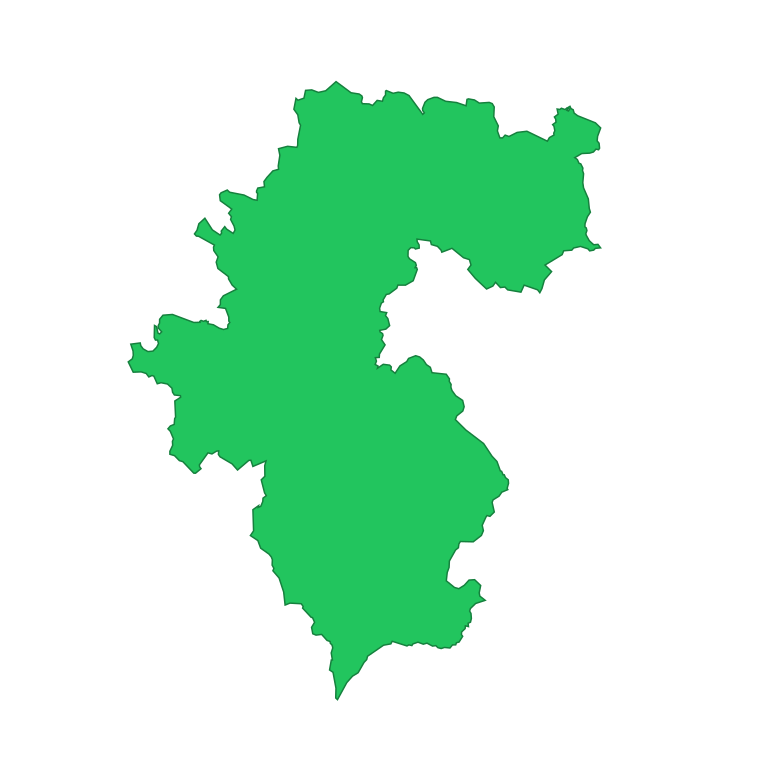 the district of Tullow Lea-6, Carlow, Ireland, rotated 352°
{"feature_id": "5873133B62819927990234", "entity_name": "Tullow Lea-6", "entity_type": "district", "adm_level": 2, "iso_a3": "IRL", "parent_name": "Ireland", "parent_adm1": "Carlow", "projection": "mercator", "projection_center": [-6.709, 52.768], "detail": "fine", "context": "isolated", "style": "filled", "palette": "green", "viewbox_px": 768, "rotation_deg": 352, "n_neighbors": 0, "source": "geoboundaries", "source_scale": "gbopen_adm2", "svg_char_len": 6139}
<svg xmlns="http://www.w3.org/2000/svg" viewBox="0 0 768 768"><g transform="rotate(352 384 384)"><path d="M347.2,82.3L344.5,89.8L338.3,91.0L336.6,88.9L333.0,99.4L336.1,105.4L336.3,113.5L337.4,116.1L332.7,129.7L331.7,135.8L330.6,137.5L321.6,135.2L312.3,136.3L312.7,143.0L309.6,153.4L309.5,156.7L303.6,157.5L296.9,163.1L293.3,166.8L293.1,172.1L286.3,172.4L284.6,175.2L284.5,176.7L285.4,177.5L283.9,184.4L280.0,183.1L271.7,177.4L257.8,172.6L255.8,170.1L249.2,172.0L247.5,173.7L247.4,179.7L257.6,189.6L253.9,193.3L256.2,197.1L255.0,199.7L257.5,206.7L257.9,210.8L255.6,213.9L249.7,208.7L248.2,206.0L244.1,209.9L244.2,212.0L242.4,213.7L235.5,207.5L229.7,194.9L223.0,199.5L220.2,205.8L217.2,209.0L218.8,211.4L220.9,211.9L235.4,222.8L234.2,224.8L234.0,228.2L237.4,235.0L234.8,240.0L235.6,246.5L244.9,256.0L244.7,258.3L247.4,264.9L251.2,269.6L237.2,274.3L233.7,277.9L233.0,282.6L230.3,285.0L237.6,287.1L239.6,296.1L239.1,300.1L239.9,301.6L237.7,303.7L236.9,307.2L232.7,307.7L228.6,305.8L223.3,301.6L218.0,299.8L218.6,297.7L216.8,297.5L216.6,296.2L214.0,296.8L211.7,295.6L210.3,296.4L210.4,297.3L204.2,296.6L184.2,285.7L174.7,285.1L170.8,288.7L170.2,292.5L168.6,294.7L168.4,297.3L171.1,301.4L168.8,303.2L167.3,302.2L166.7,295.5L164.9,294.1L162.9,306.1L163.8,308.7L165.9,309.0L166.3,312.6L164.0,316.0L159.7,319.3L154.7,319.0L150.4,315.7L148.5,312.2L148.3,309.4L138.8,309.3L140.1,316.4L139.7,320.8L138.2,324.1L133.8,326.5L137.3,337.4L145.2,338.2L150.0,340.5L152.1,344.3L155.4,343.3L157.2,344.2L159.5,352.2L163.4,351.7L169.6,353.9L173.4,358.6L173.5,362.8L174.9,365.7L180.8,367.2L180.8,368.8L174.5,371.7L173.0,387.8L171.9,389.1L170.6,394.8L166.6,395.8L163.8,398.3L165.8,401.1L167.9,409.1L166.5,411.3L166.2,415.3L162.6,420.8L162.2,423.8L166.6,425.8L170.7,431.4L174.0,432.9L183.2,445.8L185.0,446.1L191.0,442.4L189.9,440.4L189.9,438.4L200.1,427.7L203.9,429.3L208.8,427.2L211.0,427.2L210.2,430.7L211.5,433.3L222.4,441.9L227.0,448.8L239.6,440.8L241.6,441.0L242.7,447.4L256.5,443.7L254.5,448.3L253.2,458.8L249.1,461.8L250.6,475.2L251.9,478.2L248.3,480.2L247.6,483.5L245.0,487.9L242.3,488.7L242.9,487.0L236.7,490.2L234.4,511.3L230.6,515.5L237.3,521.5L239.0,529.4L246.4,536.4L248.3,539.5L249.0,542.4L248.0,547.8L249.3,551.2L248.0,553.5L253.1,561.5L255.7,576.0L255.3,589.1L260.4,587.9L271.5,590.1L273.0,593.1L272.2,594.6L279.4,604.9L280.7,605.4L282.1,610.3L278.4,614.9L278.7,621.4L281.7,623.2L287.4,623.3L291.9,630.0L294.8,631.5L294.7,633.1L296.3,635.5L296.5,638.2L294.3,643.0L294.5,650.1L293.4,650.0L290.3,659.6L293.4,662.4L294.1,678.6L292.5,688.2L294.0,690.1L305.6,674.5L312.2,668.9L318.2,666.3L325.5,656.9L328.5,654.5L329.8,651.3L347.2,642.6L354.6,642.3L356.3,639.9L370.3,646.6L372.3,645.8L375.2,646.9L376.5,645.4L381.7,644.4L386.7,647.1L390.5,646.6L395.6,650.3L398.9,650.3L400.7,652.6L403.8,653.9L407.2,653.3L412.6,654.6L415.5,651.9L418.7,652.3L419.7,650.3L422.4,650.0L426.8,644.8L425.8,642.9L426.4,640.3L430.3,637.5L430.9,634.8L433.9,636.0L434.0,632.6L436.5,631.9L437.9,628.3L438.2,623.3L437.2,620.8L438.3,618.4L444.2,614.1L454.1,612.3L449.4,607.4L449.2,604.1L451.7,597.0L446.5,590.4L440.9,590.0L435.5,594.5L429.6,597.1L425.5,595.3L418.3,587.6L420.4,579.4L422.9,574.7L424.1,568.4L431.8,558.3L434.9,556.5L435.9,552.8L437.7,550.6L450.4,552.7L459.4,547.5L462.0,543.1L461.6,537.6L466.4,530.0L467.7,528.6L470.5,529.8L475.4,526.1L474.6,516.3L475.9,513.9L482.3,511.1L485.6,507.5L491.9,505.8L491.4,504.5L493.5,499.7L493.7,496.2L491.2,493.5L490.5,490.7L489.3,490.5L488.3,486.8L487.1,486.2L485.1,476.5L480.9,470.5L474.4,456.9L458.7,441.0L449.7,429.2L451.6,425.7L458.3,421.7L460.2,417.7L459.6,411.2L453.4,405.6L450.4,399.9L449.8,396.4L450.4,393.7L449.0,390.5L449.5,388.0L447.0,383.0L433.1,379.5L432.2,373.9L428.7,370.7L426.3,365.7L423.1,362.2L419.3,360.4L411.9,362.1L409.6,365.0L402.3,368.3L396.5,374.9L392.8,371.0L393.6,368.1L392.2,366.1L386.0,364.4L379.7,367.5L380.6,365.4L378.0,363.4L379.7,360.3L379.1,356.7L383.0,357.0L383.7,353.7L390.5,345.4L387.7,339.7L389.8,335.7L389.6,333.9L387.3,331.8L387.2,330.3L393.5,329.9L397.7,327.0L396.9,319.7L395.0,316.5L396.6,313.7L390.2,311.7L390.2,308.3L392.7,303.5L394.9,302.5L394.8,300.6L398.8,295.6L401.6,295.5L410.0,290.9L411.5,288.0L419.0,289.1L427.3,285.8L432.9,275.2L432.5,273.3L431.0,273.1L432.5,271.0L432.0,268.2L426.7,263.6L425.5,261.0L426.5,255.0L429.5,252.7L433.0,253.4L433.9,254.7L437.8,254.3L438.1,251.1L436.7,247.7L436.8,245.1L449.9,248.8L450.3,252.5L456.1,255.1L459.2,259.5L459.6,261.5L470.2,259.1L480.3,270.0L485.9,272.7L486.7,278.3L482.9,282.2L489.1,292.1L498.8,304.2L505.4,302.2L508.6,298.8L512.7,304.7L517.2,304.8L519.6,308.0L532.4,312.1L536.5,305.6L549.2,312.1L551.0,315.3L553.7,311.5L557.3,303.3L565.6,296.0L560.0,288.6L578.4,280.7L580.5,277.1L588.6,277.6L590.7,275.7L597.7,275.1L604.7,278.5L606.2,280.8L610.3,280.6L612.2,279.1L617.4,279.3L615.3,275.5L611.1,275.3L609.1,273.0L607.2,270.6L605.0,264.9L604.8,263.2L606.3,260.3L606.0,257.6L604.8,256.3L605.4,253.2L608.7,246.7L612.3,242.6L611.7,238.7L612.1,229.1L608.9,217.5L608.9,212.2L610.9,203.6L610.3,200.2L611.0,197.9L609.5,193.4L607.8,192.5L606.7,188.6L604.4,186.4L611.9,183.3L619.9,184.0L623.7,183.4L626.6,180.9L629.1,181.9L630.3,180.5L630.5,175.5L628.9,172.9L630.0,168.4L634.2,160.6L629.7,154.8L613.1,145.3L610.0,142.2L609.5,138.7L607.5,137.3L606.8,134.9L604.7,135.8L605.9,137.9L604.7,139.3L603.2,138.5L604.0,137.4L603.4,136.2L601.5,137.4L598.0,135.6L596.4,136.6L593.7,135.8L594.0,141.0L589.9,143.3L590.9,145.7L590.7,148.7L587.1,150.6L588.2,152.4L588.4,157.0L587.0,159.2L587.0,161.1L582.1,163.0L579.6,166.3L560.7,153.6L550.8,153.4L542.2,156.3L538.6,154.4L535.7,156.8L533.0,156.4L531.5,149.2L533.1,144.3L529.9,134.6L531.7,125.0L530.2,121.4L527.4,119.8L517.5,119.1L513.1,115.3L507.3,113.4L505.8,113.7L504.0,119.9L495.1,115.4L484.4,112.6L476.8,107.6L473.4,107.1L466.9,108.5L463.8,110.7L460.5,116.5L460.4,118.6L461.7,121.1L459.9,122.4L448.9,101.8L444.4,98.6L438.7,97.0L433.5,97.4L427.1,93.7L426.3,94.2L425.7,98.1L423.3,100.4L421.8,103.8L416.7,102.2L411.4,106.6L408.3,104.6L401.6,103.4L400.9,101.4L402.5,97.5L402.2,95.7L399.8,93.4L391.9,91.0L378.6,77.9L367.1,85.5L359.6,86.1L353.4,82.7L347.2,82.3Z" fill="#22c55e" stroke="#15803d" stroke-width="1.5"/></g></svg>